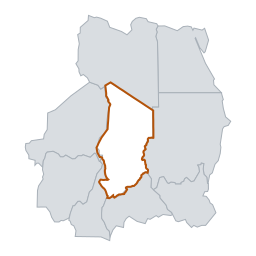 Chad highlighted among its neighbors
{"feature_id": "TCD", "entity_name": "Chad", "entity_type": "country or territory", "adm_level": 0, "iso_a3": "TCD", "parent_name": "Africa", "parent_adm1": "", "projection": "equal_earth", "projection_center": [18.978, 15.46], "detail": "fine", "context": "with_neighbors", "style": "outline", "palette": "amber", "viewbox_px": 256, "rotation_deg": 0, "n_neighbors": 8, "source": "natural_earth", "source_scale": "50m", "svg_char_len": 8241}
<svg xmlns="http://www.w3.org/2000/svg" viewBox="0 0 256 256"><path d="M157.0,192.6L152.8,189.4L150.9,187.3L151.4,178.9L148.2,174.3L147.6,169.4L145.6,167.3L145.6,163.0L144.4,160.2L142.5,160.6L144.4,154.9L143.8,151.9L145.6,149.6L144.4,147.9L148.3,138.1L152.9,138.6L152.4,106.9L158.6,106.9L158.4,92.6L221.3,92.6L223.3,99.6L222.2,100.9L223.3,108.3L225.6,116.9L230.7,121.3L228.2,125.4L224.2,126.6L222.6,128.8L220.2,144.3L220.9,147.2L220.2,153.5L218.2,160.7L215.0,164.3L212.3,172.9L209.7,174.9L208.2,182.6L208.4,189.2L208.3,183.5L207.5,183.4L206.8,177.2L204.0,174.3L203.2,169.0L203.8,163.6L201.3,163.1L200.9,164.7L197.7,165.1L199.0,167.2L199.5,171.6L194.0,181.0L191.2,181.7L186.5,177.4L184.5,178.9L183.9,181.1L181.1,182.5L181.0,184.0L175.5,184.0L174.8,182.5L170.8,182.2L168.9,183.5L167.4,182.9L163.6,176.6L159.6,177.6L156.8,187.5L153.3,189.7L157.0,192.6Z" fill="#d9dde1" stroke="#a8b0b8" stroke-width="1"/><path d="M104.6,86.5L105.8,97.5L107.8,99.4L107.8,101.7L110.0,104.1L108.8,107.2L106.7,121.8L106.3,131.2L99.4,138.0L97.0,147.6L99.2,150.3L99.2,155.0L102.6,155.2L102.1,158.6L100.5,159.0L100.3,161.4L99.3,161.5L95.7,153.5L94.5,153.2L90.2,157.3L83.1,154.8L81.5,155.8L78.3,155.6L75.1,158.7L72.3,158.9L65.8,155.1L63.2,156.9L60.4,156.8L58.4,154.0L53.1,151.3L47.2,152.1L45.8,153.7L44.9,157.9L43.3,160.9L42.8,167.4L38.7,163.2L36.8,163.2L34.9,165.3L35.1,160.3L28.9,158.7L28.8,155.1L25.9,150.4L25.3,147.1L25.8,143.5L29.3,143.2L31.4,140.7L43.6,138.9L44.2,134.4L47.2,129.6L47.7,113.0L55.3,109.8L71.1,95.7L89.6,82.2L97.9,85.2L100.8,89.1L104.6,86.5Z" fill="#d9dde1" stroke="#a8b0b8" stroke-width="1"/><path d="M37.1,207.1L37.5,190.6L38.6,185.9L43.1,179.1L42.5,177.1L43.7,174.2L42.5,169.8L43.3,160.9L44.9,157.9L45.8,153.7L47.2,152.1L53.1,151.3L58.4,154.0L60.4,156.8L63.2,156.9L65.8,155.1L72.3,158.9L75.1,158.7L78.3,155.6L81.5,155.8L83.1,154.8L90.2,157.3L94.5,153.2L95.7,153.5L99.3,161.5L100.3,161.4L102.5,164.3L101.6,168.0L97.0,173.7L92.4,189.0L89.4,192.0L86.8,201.8L83.0,204.3L80.0,201.3L77.9,201.4L74.6,205.7L73.0,205.8L68.9,218.1L63.2,220.8L61.1,220.4L59.0,222.0L54.6,221.9L51.7,217.3L49.9,211.9L46.1,207.0L37.1,207.1Z" fill="#d9dde1" stroke="#a8b0b8" stroke-width="1"/><path d="M102.1,158.6L104.2,163.3L104.3,173.0L107.3,179.7L100.2,179.4L99.0,182.9L102.2,187.2L104.6,188.4L107.0,196.6L103.4,206.0L102.1,207.4L101.7,218.4L104.3,222.3L106.8,228.7L109.3,231.1L110.1,236.6L109.7,240.6L100.9,236.9L75.2,236.5L76.0,230.7L73.8,225.8L71.3,224.5L70.2,221.2L68.8,220.2L70.4,212.9L73.0,205.8L74.6,205.7L77.9,201.4L80.0,201.3L83.0,204.3L86.8,201.8L89.4,192.0L92.4,189.0L97.0,173.7L101.6,168.0L102.5,164.3L100.3,161.4L100.5,159.0L102.1,158.6Z" fill="#d9dde1" stroke="#a8b0b8" stroke-width="1"/><path d="M172.5,214.7L170.7,215.5L163.0,214.5L158.4,217.2L156.2,215.6L150.1,219.3L147.6,218.6L145.2,223.6L137.1,221.4L129.1,216.2L126.2,218.6L124.0,222.3L123.5,227.5L116.3,225.8L113.0,229.8L110.1,236.6L109.3,231.1L106.8,228.7L104.3,222.3L101.7,218.4L101.6,213.1L102.1,207.4L103.4,206.0L106.2,198.5L110.7,198.0L111.7,196.1L114.0,197.9L120.9,195.1L126.0,189.6L125.5,187.1L132.3,186.8L137.5,183.4L141.4,175.4L144.1,172.4L147.6,171.2L148.2,174.3L151.4,178.9L150.9,187.3L160.0,195.6L160.1,198.0L166.1,205.0L167.5,209.4L171.6,212.4L172.5,214.7Z" fill="#d9dde1" stroke="#a8b0b8" stroke-width="1"/><path d="M221.3,92.6L158.4,92.6L157.5,41.9L155.8,36.4L157.1,32.1L156.2,29.2L158.0,26.0L164.8,25.9L177.3,30.7L183.2,26.6L187.7,26.1L191.3,26.9L192.9,30.3L194.0,28.1L202.1,30.1L204.6,28.3L208.6,40.1L205.2,51.7L204.0,52.9L199.7,47.6L195.6,37.7L195.1,38.3L205.5,63.4L214.5,79.0L213.5,80.2L213.9,84.8L221.3,92.6Z" fill="#d9dde1" stroke="#a8b0b8" stroke-width="1"/><path d="M157.5,41.9L158.6,106.9L152.4,106.9L152.4,109.9L110.0,82.6L100.8,89.1L97.9,85.2L89.6,82.2L87.4,77.8L83.3,74.5L80.8,75.8L79.0,71.8L78.9,68.8L75.9,63.7L78.1,60.8L78.2,49.5L79.3,43.8L77.7,34.6L80.2,33.0L80.3,27.3L88.1,20.5L88.5,15.4L94.4,17.7L96.5,17.1L100.7,18.2L107.4,21.2L109.7,27.3L121.5,31.5L127.0,34.8L131.9,29.9L130.7,24.7L132.3,21.4L135.9,18.3L139.4,17.3L146.3,18.7L148.1,21.7L156.7,23.7L158.0,26.0L156.2,29.2L157.1,32.1L155.8,36.4L157.5,41.9Z" fill="#d9dde1" stroke="#a8b0b8" stroke-width="1"/><path d="M191.5,227.5L186.7,222.5L185.4,219.4L178.3,221.7L175.8,220.8L171.6,212.4L167.5,209.4L166.1,205.0L160.1,198.0L160.0,195.6L153.3,189.7L156.8,187.5L159.6,177.6L163.6,176.6L167.4,182.9L168.9,183.5L170.8,182.2L174.8,182.5L175.5,184.0L181.0,184.0L181.1,182.5L183.9,181.1L184.5,178.9L186.5,177.4L191.2,181.7L194.0,181.0L199.5,171.6L199.0,167.2L197.7,165.1L200.9,164.7L201.3,163.1L203.8,163.6L203.2,169.0L204.0,174.3L206.8,177.2L207.5,183.4L208.3,183.5L208.4,189.2L207.6,191.5L204.7,191.7L202.9,195.9L206.3,196.4L209.1,200.0L210.1,202.9L212.6,204.7L215.9,212.7L205.6,225.4L201.7,225.4L197.3,227.1L193.8,225.4L191.5,227.5Z" fill="#d9dde1" stroke="#a8b0b8" stroke-width="1"/><path d="M153.2,110.5L153.2,113.7L153.2,116.9L153.3,120.1L153.3,123.4L153.3,126.6L153.4,129.8L153.4,133.0L153.4,136.3L153.4,137.3L153.4,137.8L153.2,137.9L151.9,137.6L151.4,137.6L150.6,137.8L149.4,137.9L148.7,137.9L148.2,138.5L147.8,139.1L148.0,140.8L147.9,141.3L147.8,141.8L147.4,142.3L147.1,142.7L146.9,143.0L146.6,143.8L146.4,144.1L146.5,144.6L146.4,145.0L146.2,145.3L145.6,145.5L145.3,145.7L145.0,146.0L144.8,146.3L144.9,146.6L145.1,147.1L145.2,147.8L145.2,148.2L145.5,148.6L145.6,148.8L145.7,149.1L145.5,149.4L144.9,149.9L144.6,150.1L144.3,150.4L144.2,150.5L143.7,150.9L143.5,151.4L143.4,151.8L143.4,152.3L143.6,153.0L143.9,153.7L144.0,154.1L144.1,154.7L144.1,155.2L143.9,155.6L143.7,156.0L142.8,156.8L142.3,157.6L142.0,158.6L141.9,159.1L142.0,159.5L142.2,159.8L142.4,159.9L142.8,160.0L143.5,159.8L144.1,159.7L144.7,160.1L145.1,160.9L145.0,161.5L145.2,162.6L145.4,164.0L145.4,164.4L145.5,164.6L145.9,164.7L146.0,165.0L145.9,167.3L146.1,168.0L146.4,168.5L146.7,168.7L147.0,169.0L147.5,169.3L147.9,169.7L148.0,170.3L148.0,170.8L147.8,172.0L147.6,172.8L147.3,172.8L146.9,172.6L146.3,172.4L145.6,172.3L144.9,172.6L144.2,173.0L143.9,173.3L143.7,173.5L143.4,173.5L143.1,173.5L143.0,173.8L142.7,174.2L141.6,174.9L141.4,175.1L141.3,175.4L141.3,175.6L141.4,176.2L141.4,176.9L141.2,177.4L140.9,177.8L140.6,178.0L140.3,178.0L140.2,178.3L139.6,179.6L139.4,179.8L138.9,179.8L137.5,181.7L137.4,182.2L136.9,183.0L136.2,183.9L135.6,184.4L135.6,184.5L135.4,184.7L135.1,184.9L133.9,186.0L132.4,185.9L131.7,186.4L131.1,186.6L130.2,186.8L129.9,186.8L128.7,186.8L127.3,186.8L126.8,187.0L126.3,187.4L125.9,187.7L125.9,187.9L125.9,188.0L126.9,189.0L127.1,189.5L126.9,189.9L126.8,190.0L126.6,190.3L126.0,191.3L125.2,192.5L124.7,192.8L124.5,193.1L124.3,193.8L124.2,194.0L123.6,194.1L122.4,194.1L120.7,194.4L119.8,194.5L119.1,194.4L118.3,195.0L118.0,195.1L117.8,195.1L116.9,195.7L116.2,196.5L115.0,197.0L114.6,197.6L114.4,197.6L113.8,196.9L113.3,196.2L113.1,195.5L113.1,195.3L112.6,195.6L112.3,196.0L112.2,196.6L111.2,197.1L110.3,197.4L109.9,197.9L109.3,198.2L108.5,198.1L107.9,197.9L107.3,197.8L107.6,197.2L107.7,196.8L107.7,196.2L107.7,195.9L107.3,195.7L107.1,195.4L106.6,193.7L106.0,191.9L105.3,190.2L104.5,189.1L103.9,188.4L103.7,188.3L103.4,188.1L103.2,187.9L102.1,186.7L101.0,185.4L100.8,184.8L100.2,183.9L99.6,183.0L99.3,182.6L99.1,181.8L99.5,181.2L100.0,180.3L100.6,179.7L101.3,179.7L102.5,179.9L103.8,180.0L105.1,179.8L105.4,179.7L105.8,179.7L106.5,179.9L107.7,179.9L108.3,179.5L107.6,178.9L106.9,178.0L106.2,176.9L105.8,176.0L105.4,174.8L105.1,173.3L104.9,171.4L104.9,170.3L105.1,169.5L105.4,168.3L105.2,167.5L105.2,166.9L105.2,166.0L105.1,165.6L104.6,164.1L104.1,162.9L104.0,161.2L103.5,160.1L102.8,159.6L102.3,158.9L102.2,157.7L101.9,157.4L100.7,157.0L99.7,157.0L99.0,155.7L98.1,154.0L97.3,152.4L96.8,149.3L96.5,147.5L96.8,147.0L97.5,145.7L98.5,143.3L100.5,139.5L101.5,137.6L103.6,134.7L106.1,131.2L107.6,129.2L107.8,125.6L108.1,121.7L108.3,118.9L108.5,115.4L108.7,112.6L108.9,110.5L109.1,107.6L109.3,107.0L110.3,104.7L110.3,104.4L110.2,104.0L108.8,102.1L108.4,101.7L108.1,100.6L108.5,100.1L106.8,96.8L106.4,96.4L106.2,96.0L106.2,95.4L106.2,93.2L105.8,89.6L105.3,85.5L107.2,84.4L108.7,83.5L110.6,82.4L112.3,83.5L114.9,85.2L117.4,86.9L119.9,88.6L122.5,90.2L125.0,91.9L127.5,93.6L130.1,95.3L132.6,97.0L135.2,98.7L137.7,100.3L140.3,102.0L142.9,103.7L145.4,105.4L148.0,107.1L150.6,108.8L153.2,110.5Z" fill="none" stroke="#b45309" stroke-width="2"/></svg>